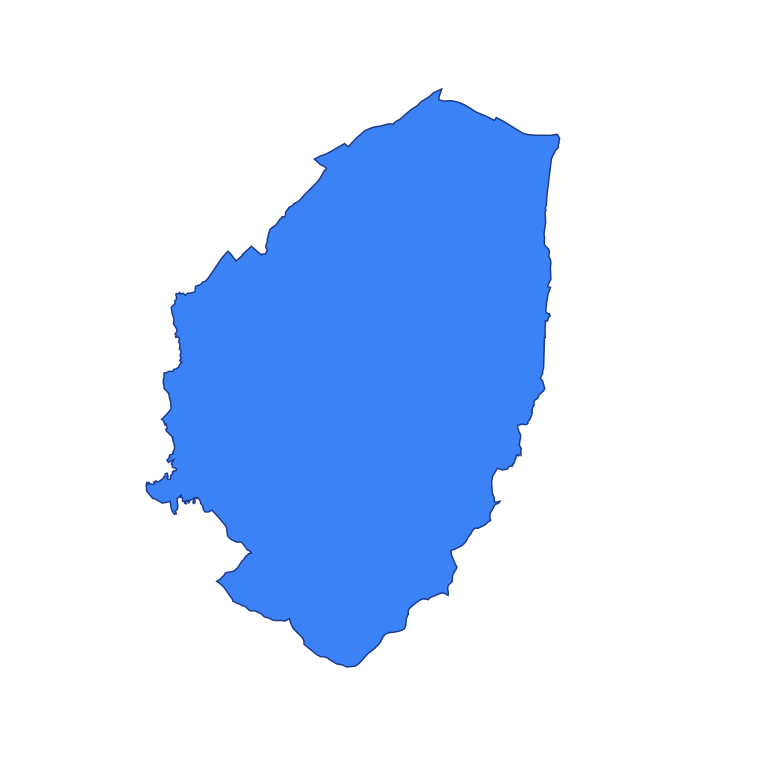 Solont, Bacau, Romania (orthographic projection), rotated 246°
{"feature_id": "2599482B29549349723291", "entity_name": "Solont", "entity_type": "district", "adm_level": 2, "iso_a3": "ROU", "parent_name": "Romania", "parent_adm1": "Bacau", "projection": "orthographic", "projection_center": [26.52, 46.567], "detail": "fine", "context": "isolated", "style": "filled", "palette": "blue", "viewbox_px": 768, "rotation_deg": 246, "n_neighbors": 0, "source": "geoboundaries", "source_scale": "gbopen_adm2", "svg_char_len": 6171}
<svg xmlns="http://www.w3.org/2000/svg" viewBox="0 0 768 768"><g transform="rotate(246 384 384)"><path d="M620.5,460.5L615.3,447.8L619.7,445.8L617.7,426.2L617.8,421.1L618.2,419.9L617.8,411.9L610.0,415.3L606.4,418.4L603.9,419.1L603.1,416.1L598.5,410.1L595.5,404.8L589.2,388.3L586.1,381.5L585.5,378.8L585.4,374.6L584.3,373.8L584.0,369.3L580.9,363.9L578.0,362.6L577.5,361.6L577.3,360.5L578.3,359.2L577.2,358.0L576.9,356.0L572.9,349.4L572.7,345.8L572.1,345.1L571.8,343.1L568.8,340.1L565.8,338.1L563.8,336.2L561.6,335.5L559.5,333.2L558.0,332.1L556.1,331.5L554.4,331.9L553.4,331.5L550.9,328.4L552.3,325.7L551.7,324.5L563.7,318.9L559.8,307.2L559.1,307.2L556.6,298.8L565.9,296.7L568.8,295.3L565.1,287.2L552.4,266.8L550.4,262.1L550.9,259.6L549.5,257.3L549.9,251.6L545.0,248.7L545.8,244.5L546.8,241.1L545.7,238.7L548.7,237.4L548.8,235.2L550.8,234.5L550.0,232.9L551.1,230.9L550.5,230.2L547.8,229.8L545.5,228.5L544.9,226.4L543.2,226.0L541.8,225.1L541.6,222.8L540.3,220.7L534.1,219.0L531.0,218.9L527.6,218.1L524.7,216.2L518.9,216.9L516.3,216.5L514.7,213.4L513.2,214.1L511.8,212.6L511.1,213.0L511.0,214.8L510.6,215.2L508.2,215.5L506.2,213.5L503.0,213.7L499.2,211.3L497.7,212.0L496.1,211.8L492.6,209.2L489.5,208.9L488.8,207.1L487.3,207.2L486.5,208.2L485.6,208.0L485.6,206.4L482.9,203.1L482.3,199.8L482.8,198.7L482.8,197.6L481.8,196.7L481.7,196.2L481.7,195.4L483.0,192.9L482.9,189.8L483.5,187.4L479.5,186.0L478.9,185.0L475.4,183.0L470.6,181.9L469.6,181.3L463.0,183.4L453.8,181.6L448.4,179.6L447.1,178.0L445.4,174.7L442.1,166.4L440.5,167.6L435.8,167.3L436.4,168.6L431.5,168.2L431.4,166.4L430.1,165.9L420.8,169.4L420.8,168.7L412.0,167.3L409.3,165.5L407.4,163.2L406.1,163.3L406.0,161.2L406.3,159.9L406.0,159.1L404.7,158.1L404.1,158.2L402.8,154.8L400.0,155.2L400.3,157.6L400.3,161.0L397.6,157.2L396.3,157.7L394.4,156.8L393.4,157.4L392.1,159.2L390.6,160.0L389.5,158.6L390.2,156.7L389.9,155.2L387.8,154.1L387.3,152.1L385.9,151.6L384.0,149.6L385.0,147.5L385.8,147.3L386.9,147.7L387.0,149.1L390.6,149.7L390.8,149.0L390.9,147.7L388.6,146.2L388.8,144.9L387.6,144.0L386.6,139.4L386.4,137.5L388.2,136.2L387.7,136.0L388.0,133.6L386.3,133.9L386.2,132.0L387.5,130.1L389.9,129.2L389.9,128.8L388.5,128.6L388.5,127.6L390.3,127.1L387.6,125.2L386.1,125.1L383.1,123.6L373.6,126.1L372.2,128.1L365.4,133.0L364.0,138.5L364.0,140.9L357.5,139.2L353.7,138.8L350.3,139.5L349.8,141.2L350.0,141.6L352.9,141.6L353.1,143.1L353.7,144.3L356.7,146.1L363.6,148.2L363.8,150.3L365.1,153.3L365.1,153.6L364.4,153.4L363.1,152.2L362.1,153.7L359.0,152.3L358.4,152.5L358.1,154.1L356.0,153.5L355.5,153.8L355.2,154.6L356.7,154.8L357.7,155.9L357.7,156.7L357.0,156.6L357.2,157.8L354.9,156.9L354.9,157.7L356.1,158.4L357.1,161.7L357.0,163.7L353.6,161.4L352.5,161.3L352.1,161.7L352.6,163.2L356.0,164.4L356.7,165.2L356.7,165.7L355.6,166.4L356.3,166.9L356.0,167.8L352.0,168.6L349.6,168.0L346.2,168.7L342.7,167.9L340.0,168.4L338.5,171.5L338.7,175.5L329.5,178.7L318.9,181.6L316.9,181.8L309.8,179.5L307.2,179.7L304.0,181.2L300.5,184.1L299.0,186.2L297.7,189.5L287.8,191.8L286.9,192.9L284.3,194.0L283.6,194.1L284.0,191.1L283.0,189.4L282.9,187.7L280.5,184.2L280.4,182.8L275.8,175.8L274.5,172.1L274.3,168.9L275.8,163.8L275.7,161.9L274.2,160.0L273.2,156.6L272.3,155.4L272.2,153.5L271.7,150.9L269.2,152.7L263.4,155.1L249.0,157.9L246.9,157.7L246.1,158.8L243.7,160.2L241.6,162.7L238.5,165.0L237.7,166.5L231.9,168.9L230.7,170.4L229.6,173.2L228.2,174.9L223.3,178.8L220.1,179.8L217.1,183.5L213.2,186.7L211.1,190.5L210.6,192.6L208.4,196.0L207.7,198.0L208.3,202.2L203.4,201.5L197.7,201.6L185.3,206.3L181.7,206.3L178.7,205.1L163.6,212.8L160.8,215.1L159.0,218.6L156.4,221.4L155.2,221.6L147.6,226.9L144.6,231.4L140.7,234.8L138.3,242.0L138.0,243.4L138.8,247.3L144.5,260.4L146.0,267.2L148.3,273.2L149.9,276.2L153.1,279.7L154.9,283.4L154.9,287.2L153.3,291.9L152.1,297.0L151.8,300.6L152.0,302.4L152.6,303.8L154.3,305.3L161.2,309.5L164.1,312.8L166.0,313.2L168.5,315.4L170.2,320.8L171.7,327.0L172.0,328.4L171.8,332.6L169.0,336.8L170.0,338.8L170.1,340.8L169.9,349.2L169.6,351.4L168.8,353.6L164.9,356.6L167.0,357.8L171.1,358.9L173.8,360.6L175.4,364.8L176.3,366.3L179.9,368.0L182.2,369.7L185.6,374.7L187.1,376.1L191.9,375.8L201.1,376.2L204.7,377.5L204.3,382.6L204.7,389.5L205.6,392.3L207.1,395.3L209.7,398.2L211.9,402.6L213.3,404.2L215.1,407.3L215.1,409.1L214.0,411.1L214.1,417.0L214.4,419.5L215.5,422.7L215.9,425.8L219.1,426.5L223.0,428.6L224.6,431.3L228.8,436.4L228.4,440.2L229.7,442.2L230.4,438.4L231.7,436.9L234.7,438.3L241.1,438.8L250.9,442.5L255.7,445.9L260.9,453.4L257.3,457.1L256.2,461.7L256.6,463.2L257.6,464.2L257.8,466.1L256.7,467.4L257.3,468.4L258.4,468.9L258.2,469.5L259.4,471.3L261.4,472.7L263.0,474.8L264.5,475.1L264.9,475.7L265.2,477.0L264.0,477.0L263.7,477.7L264.4,479.1L264.3,479.7L263.2,480.2L266.3,481.3L269.3,483.1L273.3,482.7L280.5,487.5L282.3,488.1L286.1,487.9L289.9,488.4L291.1,489.0L291.9,489.8L291.4,491.4L291.4,493.4L289.0,497.3L289.5,499.4L291.1,500.2L291.6,501.9L292.7,503.4L295.4,506.1L296.9,506.9L297.6,508.1L299.4,508.0L300.1,509.2L301.6,509.4L303.7,512.6L305.9,513.2L307.3,514.3L307.9,515.3L308.4,518.5L311.1,521.5L312.8,526.8L314.2,528.9L322.5,530.2L323.8,529.5L325.8,529.3L329.2,533.2L332.1,534.8L333.7,536.3L361.0,549.4L360.9,550.3L368.2,553.2L376.1,557.3L375.1,559.1L378.2,561.6L378.5,563.5L380.9,563.8L381.2,562.8L382.2,561.9L384.4,561.2L392.5,565.8L400.0,570.8L404.5,575.4L406.1,573.5L406.9,573.1L411.8,579.0L423.2,583.6L426.9,585.8L429.8,586.6L433.7,586.4L436.7,588.5L438.7,589.1L440.5,589.1L444.8,587.5L447.3,587.5L451.9,590.0L455.9,591.2L466.3,597.6L473.9,600.4L475.6,601.2L477.1,602.7L477.8,602.5L479.4,603.1L481.2,605.0L490.9,610.0L521.4,628.4L524.2,631.3L525.6,633.5L527.6,635.3L528.7,638.7L529.3,639.4L531.6,640.5L533.1,642.0L534.8,642.7L536.9,644.4L541.7,643.8L543.2,637.8L549.3,624.2L553.1,617.2L556.6,612.8L575.4,600.0L581.8,594.9L579.8,592.2L585.6,587.6L594.6,579.1L606.2,571.2L610.4,567.3L614.3,562.5L616.5,558.4L618.0,553.9L621.3,549.6L623.9,551.1L630.0,556.6L629.9,547.6L628.1,542.4L626.8,532.7L624.8,527.8L623.5,519.9L621.5,512.9L619.5,507.1L618.9,501.2L617.6,497.4L618.9,496.0L619.9,493.2L621.3,484.8L622.8,479.5L623.1,476.6L623.2,469.7L620.5,460.5Z" fill="#3b82f6" stroke="#1e3a8a" stroke-width="1.5"/></g></svg>